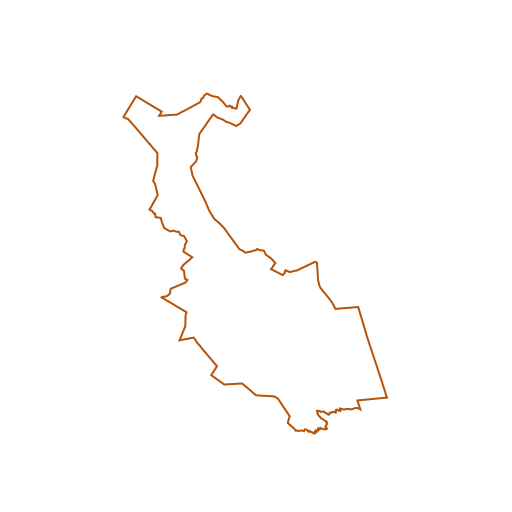 outline of Asunción Ixtaltepec, Oaxaca, Mexico, rotated 121°
{"feature_id": "50627088B96030209859485", "entity_name": "Asunción Ixtaltepec", "entity_type": "district", "adm_level": 2, "iso_a3": "MEX", "parent_name": "Mexico", "parent_adm1": "Oaxaca", "projection": "equal_earth", "projection_center": [-94.983, 16.644], "detail": "fine", "context": "isolated", "style": "outline", "palette": "amber", "viewbox_px": 512, "rotation_deg": 121, "n_neighbors": 0, "source": "geoboundaries", "source_scale": "gbopen_adm2", "svg_char_len": 5961}
<svg xmlns="http://www.w3.org/2000/svg" viewBox="0 0 512 512"><g transform="rotate(121 256 256)"><path d="M274.5,362.0L272.6,357.9L272.5,357.1L276.1,353.4L279.3,348.9L279.2,342.4L276.8,339.8L276.6,339.2L276.4,338.0L275.9,335.9L274.9,334.9L275.3,334.1L276.1,332.9L276.9,331.5L276.9,331.2L276.9,330.8L276.8,330.3L276.1,328.7L276.0,328.4L276.0,328.1L276.7,326.7L278.8,323.0L279.1,322.8L281.5,322.8L282.5,322.7L283.5,322.5L285.6,321.4L286.1,321.2L286.9,321.4L287.7,321.2L289.6,320.5L289.6,320.0L289.9,310.1L292.0,310.6L294.0,311.1L294.6,311.3L295.8,312.0L301.4,313.7L301.8,313.7L305.3,313.8L305.8,310.2L312.0,305.2L311.9,302.5L312.5,302.4L314.9,302.8L315.5,303.1L328.0,312.2L328.4,312.2L329.7,311.6L332.0,310.5L332.6,310.5L333.8,310.7L335.6,311.4L336.4,311.8L337.0,312.3L337.6,313.1L339.0,314.8L339.6,315.4L340.1,315.6L340.0,288.8L340.0,286.6L342.9,285.9L352.5,280.5L367.6,278.1L358.0,267.4L360.9,261.1L361.6,258.7L361.9,257.5L361.9,257.4L362.7,255.9L367.8,240.9L370.5,232.7L381.2,233.0L382.5,217.0L372.4,202.2L375.4,184.2L367.1,168.3L366.9,164.1L367.7,162.2L376.0,144.6L379.3,143.8L382.7,142.8L383.2,140.8L383.6,137.9L384.2,134.8L385.2,132.0L384.8,132.0L384.1,130.0L384.2,129.3L383.4,128.7L382.1,127.0L381.5,125.2L381.4,124.6L379.5,124.9L378.9,123.1L379.4,120.4L378.7,120.5L378.3,119.9L378.6,118.9L378.3,117.1L378.4,115.2L378.2,115.0L378.0,114.8L377.7,115.0L377.5,115.3L377.2,115.3L377.1,114.0L376.2,114.3L376.2,114.8L375.6,114.9L375.5,114.7L375.4,115.2L375.3,114.6L374.9,115.1L374.6,115.0L374.5,114.1L374.4,113.9L374.2,113.7L373.9,113.7L373.6,113.3L373.6,112.8L373.1,112.7L373.0,113.5L371.7,114.0L371.4,113.2L371.7,112.8L371.4,112.1L370.9,112.2L370.7,112.5L370.1,112.2L370.2,110.8L369.7,109.4L369.7,108.8L369.2,107.9L368.0,107.8L368.4,106.7L367.4,106.2L366.4,108.7L363.2,108.5L362.4,110.2L361.7,110.0L361.5,116.9L361.4,117.2L361.3,117.4L361.1,117.8L361.0,118.6L360.5,120.1L359.9,121.2L359.6,121.8L359.3,122.2L359.1,122.3L358.7,122.3L358.5,122.5L358.2,122.8L358.0,123.4L357.8,123.8L357.5,124.0L356.7,123.2L356.6,122.7L356.4,122.1L356.1,121.4L356.0,121.1L356.1,120.2L356.1,119.9L355.6,119.1L355.4,118.9L355.1,118.7L354.8,118.5L354.6,118.3L354.4,117.9L354.5,117.1L354.6,116.6L354.6,116.1L354.8,115.6L354.7,115.2L354.6,114.9L354.5,114.2L354.8,112.7L354.7,112.3L354.5,111.9L354.2,111.8L353.9,111.6L353.5,111.9L353.2,112.0L352.4,112.1L352.0,111.6L351.7,111.3L351.3,110.6L351.0,110.3L350.4,110.3L350.2,110.2L349.7,109.4L349.4,108.1L349.4,107.6L349.3,107.2L348.9,106.8L347.5,108.1L347.1,108.0L346.8,108.1L346.4,108.1L346.2,107.9L346.0,107.4L346.0,107.1L346.1,106.7L345.8,105.5L345.8,104.9L345.7,104.6L345.6,104.4L345.5,104.0L345.3,103.8L345.0,103.9L344.6,104.7L343.8,105.3L343.5,105.5L343.3,105.3L342.8,103.5L342.7,102.8L342.6,102.3L342.5,101.9L342.3,101.5L341.9,101.2L341.7,100.8L341.5,100.6L340.8,100.0L340.5,99.5L339.9,98.8L339.4,97.8L339.2,97.2L339.1,96.5L338.8,95.9L338.4,95.4L338.1,95.1L337.7,94.6L337.3,94.4L336.4,93.5L336.0,93.3L335.5,93.0L335.0,92.6L334.8,92.0L334.6,91.4L334.3,90.9L333.7,89.7L333.7,87.6L327.6,94.7L309.9,70.8L307.3,74.0L306.8,74.3L303.2,78.5L300.6,81.4L268.4,118.8L247.1,142.1L260.4,160.7L258.0,164.5L256.5,167.3L255.0,170.9L254.0,173.5L253.8,174.0L253.7,174.5L252.8,176.8L252.0,179.3L251.5,180.8L251.2,181.3L250.3,184.1L249.7,184.9L249.2,185.8L248.9,186.2L244.9,190.2L230.4,200.3L230.6,202.4L247.6,213.7L248.8,215.2L252.4,218.8L253.0,223.3L254.5,223.3L254.8,223.0L255.4,222.6L255.8,222.6L256.2,222.7L257.2,223.0L257.8,223.0L258.6,223.3L259.5,236.3L259.1,236.2L258.8,236.2L254.2,236.0L252.2,235.7L250.3,241.6L250.3,241.8L250.2,243.0L249.9,246.6L249.9,247.9L249.8,248.2L249.7,248.5L247.9,250.9L247.7,251.2L247.6,251.5L247.6,251.9L247.6,252.1L247.7,252.7L249.2,256.1L249.3,256.4L249.3,256.7L249.3,258.0L249.4,258.3L249.4,258.5L249.7,258.8L250.2,258.8L250.7,258.9L251.3,259.2L252.7,261.1L253.7,261.6L254.3,262.0L255.6,263.5L256.3,264.4L257.1,265.2L257.9,265.8L258.3,266.3L258.7,267.0L258.5,268.0L258.2,269.1L258.7,273.8L258.5,274.3L248.6,297.5L247.9,299.5L246.7,304.7L246.2,307.6L245.7,310.6L245.2,311.9L241.1,319.7L239.3,322.1L237.9,324.2L236.1,326.3L220.0,351.5L213.6,357.6L212.0,357.5L211.5,357.3L210.2,357.0L205.7,356.1L201.5,357.2L200.8,358.9L198.3,360.8L197.1,360.6L191.0,362.7L189.9,363.2L180.8,367.4L177.6,367.2L175.1,367.0L168.2,366.5L167.8,366.6L163.8,366.2L162.3,366.2L160.4,365.8L156.9,365.9L156.7,365.0L157.2,360.3L156.2,355.1L156.3,350.2L155.4,347.6L154.8,339.8L154.1,339.6L150.5,337.7L137.2,336.8L136.9,336.7L133.9,336.4L126.8,350.7L126.8,351.6L131.7,351.3L139.7,348.7L141.4,353.0L140.4,353.4L140.8,354.0L140.7,354.1L140.6,355.3L140.8,355.5L140.8,356.1L141.7,356.2L142.1,356.6L143.0,358.4L143.0,358.5L141.0,363.5L139.4,370.7L139.9,371.7L140.3,372.8L140.5,373.1L140.5,373.4L140.8,374.1L141.4,375.5L141.6,377.2L141.8,378.2L141.9,379.5L141.9,380.2L141.8,381.0L142.4,382.0L144.5,382.8L145.4,383.0L146.4,382.9L147.4,382.8L148.0,382.9L148.7,383.4L148.8,383.3L149.2,383.5L149.3,383.5L149.5,383.5L149.8,383.7L152.2,383.1L152.7,383.0L153.7,383.6L154.8,384.2L155.4,384.6L157.7,385.9L159.5,387.0L161.3,388.0L161.9,388.4L162.8,388.9L163.7,389.5L164.4,389.8L165.1,390.3L165.5,390.5L166.9,391.3L168.7,392.5L171.1,394.0L173.5,395.3L175.2,396.3L175.3,396.5L177.3,399.1L180.1,403.2L180.3,403.5L182.9,407.1L185.7,411.2L180.8,411.2L180.8,441.0L205.0,441.2L205.1,439.9L205.0,439.2L205.1,438.6L204.9,437.9L204.7,437.3L204.5,436.8L204.6,436.1L204.8,435.1L205.0,434.6L207.3,427.2L211.2,415.6L213.2,409.7L216.6,399.5L216.7,399.3L216.7,399.2L217.9,395.5L218.6,393.5L219.6,392.8L220.0,392.7L222.9,391.0L227.4,388.4L227.8,388.1L228.1,387.7L230.0,387.1L230.4,387.0L230.6,386.9L232.5,386.4L234.2,385.9L234.5,385.8L238.2,384.8L239.1,384.5L240.8,384.0L243.7,383.1L244.6,382.9L246.3,379.5L254.5,371.6L261.7,371.4L262.5,371.4L264.3,371.3L268.2,371.2L271.1,371.2L271.1,369.4L270.9,368.7L270.9,368.0L271.2,367.7L271.6,366.6L271.6,366.0L271.9,365.4L272.1,365.2L271.9,365.0L271.7,364.7L271.6,364.3L274.5,362.0Z" fill="none" stroke="#b45309" stroke-width="2"/></g></svg>